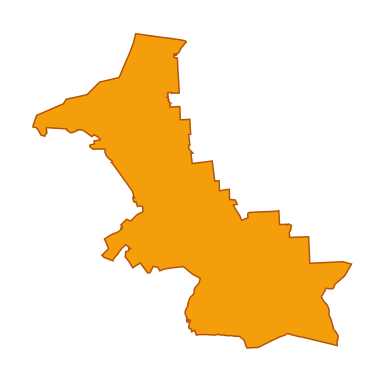 the district of Skrudalienas pag., Daugavpils, Latvia, rotated 177°
{"feature_id": "27541924B90123945749328", "entity_name": "Skrudalienas pag.", "entity_type": "district", "adm_level": 2, "iso_a3": "LVA", "parent_name": "Latvia", "parent_adm1": "Daugavpils", "projection": "orthographic", "projection_center": [26.749, 55.754], "detail": "fine", "context": "isolated", "style": "filled", "palette": "amber", "viewbox_px": 384, "rotation_deg": 177, "n_neighbors": 0, "source": "geoboundaries", "source_scale": "gbopen_adm2", "svg_char_len": 5805}
<svg xmlns="http://www.w3.org/2000/svg" viewBox="0 0 384 384"><g transform="rotate(177 192 192)"><path d="M54.9,31.0L54.7,31.6L54.9,32.3L55.1,35.7L54.2,36.3L54.3,36.9L54.2,37.6L53.9,38.2L53.8,38.8L53.6,40.3L53.7,40.9L54.4,42.3L55.1,43.8L56.4,45.8L57.1,46.7L57.5,47.1L57.9,47.8L58.1,48.3L58.3,50.7L59.4,55.3L59.8,56.7L59.7,56.8L60.1,58.0L61.3,60.9L61.7,62.2L61.2,66.8L61.3,67.0L61.9,69.5L62.3,70.5L63.4,72.8L65.5,75.2L66.6,77.0L67.0,77.7L68.2,80.1L68.3,80.6L67.2,82.4L67.0,82.5L66.2,83.7L64.3,86.4L64.4,86.8L63.2,88.8L59.1,88.1L56.2,88.1L53.8,92.6L50.5,95.1L49.0,96.1L46.9,98.0L45.7,98.8L43.9,100.3L41.9,103.3L38.8,108.1L36.5,111.7L44.9,114.4L45.9,114.5L68.7,114.6L78.1,114.7L78.0,123.1L77.9,141.2L86.0,141.3L86.8,141.4L87.3,141.4L96.9,141.5L96.9,147.2L97.0,147.2L96.6,147.4L96.3,147.6L95.9,148.1L95.3,149.0L95.6,149.3L94.3,153.4L97.3,155.0L99.0,154.1L99.3,154.8L106.3,154.9L106.3,168.9L107.7,168.5L110.5,168.4L131.1,168.6L135.9,168.6L137.5,167.5L137.5,163.4L143.9,161.2L145.9,166.6L149.1,172.0L150.8,175.4L151.4,176.9L147.4,177.2L149.3,181.8L151.7,182.1L154.8,182.6L154.6,192.8L158.6,192.4L164.5,191.8L164.4,201.9L168.7,201.6L168.8,202.9L169.5,212.9L170.2,221.9L178.7,221.2L190.3,220.5L191.0,230.6L189.1,230.8L191.7,233.8L193.2,235.9L193.0,236.2L192.9,237.6L192.8,238.8L191.6,239.0L192.4,249.2L190.3,249.7L190.4,255.7L190.4,264.7L199.9,264.7L199.7,278.0L209.5,278.0L209.4,278.8L209.9,279.5L209.1,280.5L208.6,281.3L208.4,281.7L209.6,282.2L209.7,282.6L209.8,283.0L210.5,283.1L210.7,283.5L210.4,283.9L211.0,284.7L210.3,285.1L210.5,286.3L211.3,287.2L212.2,287.8L212.2,288.0L211.3,288.4L210.8,288.2L210.7,288.5L210.9,289.4L211.5,290.4L211.3,290.6L210.9,290.7L210.8,291.0L211.0,292.3L209.6,292.6L208.8,292.6L208.2,292.4L207.9,292.7L207.3,292.3L207.1,291.7L206.7,292.0L206.0,291.7L205.6,292.1L204.8,291.7L203.7,291.8L202.6,291.7L201.5,291.8L201.0,291.4L199.6,291.5L199.6,296.1L199.6,297.1L199.6,311.3L199.7,314.6L199.7,318.5L199.6,322.0L199.6,326.5L199.8,326.5L200.3,326.8L201.0,327.0L201.3,326.9L202.6,326.9L203.1,328.1L203.1,329.1L202.7,330.4L201.8,330.8L201.6,330.8L200.3,331.0L200.1,330.8L200.2,330.4L200.4,330.2L200.5,330.1L200.8,330.0L200.9,329.9L200.9,329.6L201.0,329.5L201.2,329.4L201.5,329.5L201.8,329.5L201.7,329.3L201.6,329.1L201.4,329.1L200.4,329.5L199.8,330.2L198.1,331.9L197.7,332.1L197.0,333.2L196.8,333.8L196.2,334.9L194.7,337.1L194.1,337.6L193.4,338.3L192.1,339.8L191.2,341.0L190.5,341.5L190.0,341.7L190.0,341.8L190.1,342.6L191.1,343.4L193.7,344.1L196.7,344.8L198.4,345.1L207.8,347.0L216.3,348.4L239.6,353.0L239.9,353.0L242.6,344.3L242.8,343.7L244.2,340.4L247.0,334.1L250.5,327.1L251.1,325.9L252.2,323.7L258.8,310.1L278.6,306.6L288.9,297.2L291.8,294.7L302.6,292.8L310.5,291.6L312.7,291.2L312.9,291.1L313.2,290.7L315.7,286.9L343.1,276.7L347.0,267.4L347.5,265.3L343.9,264.2L342.2,261.6L339.8,256.7L336.0,255.4L335.4,256.8L333.7,258.8L334.3,260.1L333.7,261.0L334.5,262.2L333.7,263.9L315.4,261.7L313.4,261.2L313.7,260.3L310.4,257.6L308.2,257.6L303.3,259.4L303.2,260.2L297.8,259.5L294.3,256.8L289.1,252.5L286.7,254.3L282.7,251.7L280.9,249.1L281.2,248.7L287.0,248.2L287.3,245.0L291.4,244.3L291.7,242.5L288.5,239.9L281.0,239.7L276.6,239.5L276.6,237.6L276.8,236.7L276.8,236.1L276.3,234.9L276.1,234.5L275.9,233.4L275.6,232.7L275.2,232.1L274.8,231.6L274.2,230.8L272.8,229.3L271.9,228.5L270.5,227.7L270.2,226.8L269.9,226.4L271.0,225.7L270.3,225.2L269.4,223.7L267.7,221.3L262.4,213.1L261.2,211.1L258.3,206.7L255.5,202.3L255.5,202.2L254.6,200.7L253.4,198.9L252.0,196.8L251.6,196.2L251.2,194.7L250.6,192.1L250.6,191.9L250.4,191.3L250.3,190.7L251.1,190.2L251.4,189.8L251.3,189.6L251.1,189.3L251.1,189.0L249.8,189.3L249.7,189.2L251.1,188.9L251.2,188.4L251.3,187.5L250.6,185.8L250.1,184.9L248.6,185.2L248.4,184.7L248.4,184.2L248.0,183.5L247.8,182.8L247.3,180.6L246.9,181.0L243.6,180.4L242.0,180.1L242.0,175.4L242.1,174.8L245.1,173.5L245.7,173.4L246.3,173.1L247.8,172.2L249.7,170.8L254.6,166.2L258.8,168.2L264.8,162.7L263.2,160.3L265.1,159.7L265.0,159.3L264.4,158.3L269.3,155.4L269.7,155.3L273.0,154.4L276.2,152.9L278.4,151.6L281.7,149.8L281.8,149.6L281.7,149.5L281.8,149.0L281.6,148.7L281.0,147.7L279.3,142.6L278.2,139.9L285.3,133.5L283.1,131.2L280.3,130.0L274.7,127.4L274.7,127.7L274.2,128.4L274.1,128.7L274.0,128.8L273.4,129.6L273.0,130.2L272.5,130.6L271.7,131.8L271.4,132.0L271.1,132.3L270.7,132.7L270.2,133.0L269.3,134.1L269.0,134.6L268.5,135.2L264.6,139.8L263.6,140.5L261.0,142.8L260.9,142.7L256.5,138.9L258.2,138.9L258.2,137.2L259.0,136.3L261.3,135.9L261.6,133.9L262.1,130.5L260.6,128.8L259.8,127.5L258.6,125.8L255.1,119.3L252.1,121.3L247.2,123.7L246.0,121.8L242.6,116.7L240.6,113.6L239.3,113.4L238.1,113.7L237.0,115.5L234.8,119.7L230.2,118.7L228.2,114.9L226.9,115.5L222.3,116.8L221.8,116.6L218.9,117.1L217.6,117.1L215.0,117.4L207.9,117.7L205.0,118.1L201.8,115.7L201.8,115.4L196.2,110.3L193.9,108.7L193.2,108.4L188.3,105.2L188.5,104.4L188.8,103.5L189.5,101.4L189.7,100.9L190.1,100.2L193.6,96.6L194.2,95.9L194.4,95.6L194.9,94.0L195.0,93.0L195.3,90.5L195.5,90.4L199.5,86.6L199.8,86.3L199.8,86.1L202.1,80.4L202.0,78.7L204.7,74.3L204.7,73.9L205.1,72.7L205.0,72.2L205.1,71.9L205.3,71.1L205.2,70.7L203.7,66.7L204.1,64.3L204.1,64.1L203.8,62.5L202.8,62.2L202.4,64.6L200.4,64.0L201.7,60.2L202.1,58.5L202.3,56.3L199.6,54.6L199.8,53.6L199.6,52.4L196.6,53.6L196.3,53.1L195.2,48.9L192.2,49.2L185.6,48.9L184.1,48.8L181.3,48.4L176.2,47.9L173.0,48.6L172.5,48.1L170.5,47.7L168.9,47.6L163.3,46.5L160.9,46.7L157.9,45.9L151.8,45.2L150.8,44.1L149.1,42.6L148.0,41.4L147.8,41.3L147.6,40.9L147.2,39.3L145.9,34.7L145.3,33.4L134.3,33.3L132.3,34.0L131.6,34.4L129.2,35.3L128.2,35.9L126.8,36.5L125.0,37.2L121.3,38.9L114.2,41.8L110.7,43.1L107.4,44.0L105.6,44.8L104.3,45.8L99.8,44.2L99.1,43.9L92.4,41.9L91.5,41.8L91.3,41.8L88.4,41.0L80.9,38.8L76.1,37.3L67.8,34.9L54.9,31.0Z" fill="#f59e0b" stroke="#b45309" stroke-width="1.5"/></g></svg>